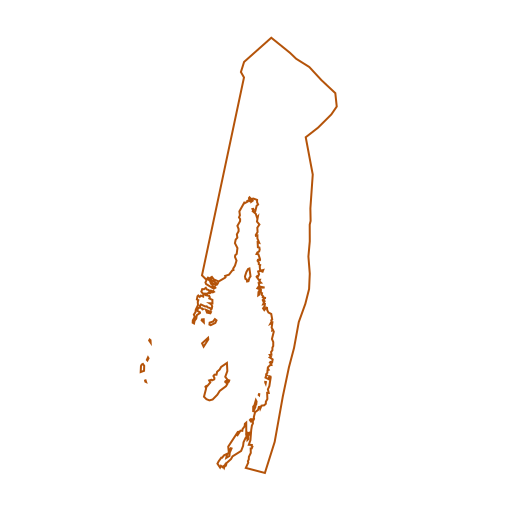 the district of Teluk Wondama, Papua Barat, Indonesia, rotated 198°
{"feature_id": "22746128B47515282892276", "entity_name": "Teluk Wondama", "entity_type": "district", "adm_level": 2, "iso_a3": "IDN", "parent_name": "Indonesia", "parent_adm1": "Papua Barat", "projection": "natural_earth1", "projection_center": [134.34, -2.638], "detail": "fine", "context": "isolated", "style": "outline", "palette": "amber", "viewbox_px": 512, "rotation_deg": 198, "n_neighbors": 0, "source": "geoboundaries", "source_scale": "gbopen_adm2", "svg_char_len": 6099}
<svg xmlns="http://www.w3.org/2000/svg" viewBox="0 0 512 512"><g transform="rotate(198 256 256)"><path d="M308.9,468.3L327.3,436.9L327.2,426.3L322.6,422.1L301.4,220.9L295.6,218.0L295.9,215.2L294.8,213.9L287.5,212.2L288.2,214.8L290.3,215.8L291.7,217.6L285.6,215.8L284.2,216.8L283.9,218.2L285.9,217.9L288.5,219.1L292.8,218.4L295.4,219.4L295.0,220.6L291.7,220.0L290.9,221.1L292.1,221.8L291.5,222.5L288.9,220.7L283.7,220.2L278.7,225.8L278.4,226.5L279.2,227.5L275.9,229.9L274.1,235.0L273.1,235.7L273.8,237.0L273.0,240.3L273.1,245.6L275.7,248.6L276.0,250.3L275.0,252.0L276.1,257.8L280.0,261.7L280.4,265.3L279.4,267.7L280.9,270.7L280.2,274.1L280.9,276.3L283.0,278.9L281.9,284.2L282.5,286.2L284.1,287.5L283.9,289.8L285.6,293.3L283.5,304.0L283.1,302.7L280.9,305.0L281.3,305.6L280.6,306.3L278.9,306.2L280.6,308.9L280.3,309.8L278.2,308.7L276.3,309.8L272.3,309.7L271.6,307.5L269.9,305.6L270.9,304.0L270.5,298.1L270.8,297.3L272.0,297.9L272.5,297.4L269.3,296.1L266.9,292.8L266.4,294.0L265.7,289.0L262.5,287.0L263.5,283.3L261.9,279.3L262.7,275.9L262.3,275.2L261.0,276.0L260.1,273.1L257.1,269.6L258.7,269.6L256.9,264.9L255.4,265.1L254.5,263.3L254.4,261.3L255.8,259.8L256.1,258.1L254.3,258.4L251.6,254.8L251.9,254.2L251.1,253.9L251.0,253.3L253.0,252.9L253.0,251.9L251.3,250.7L250.8,249.0L249.2,248.7L249.2,247.1L247.9,244.2L246.3,243.9L244.8,244.9L244.9,243.1L247.5,243.2L249.2,242.0L247.4,239.5L247.7,237.3L248.6,237.4L249.0,236.4L246.0,234.2L244.9,234.6L245.0,233.1L243.0,232.1L245.1,231.1L243.2,228.0L238.1,228.7L243.8,226.5L244.3,227.0L244.7,225.7L240.9,225.4L240.1,222.7L238.8,222.5L238.8,221.0L236.8,219.9L236.8,218.9L233.6,219.0L235.1,218.4L236.0,216.2L235.0,215.1L234.2,216.0L233.8,215.6L234.3,212.2L232.7,213.0L232.3,210.8L233.1,208.4L231.4,207.1L230.3,210.1L229.5,210.1L228.6,208.0L226.7,206.1L223.6,205.6L221.0,200.7L221.6,199.6L220.9,198.7L221.4,195.9L219.8,197.4L219.0,192.7L217.9,191.7L217.6,190.2L216.9,190.8L215.7,189.5L215.2,182.0L213.0,179.5L211.8,175.7L212.1,174.0L211.3,171.4L212.0,169.4L210.8,166.9L212.3,166.2L210.7,164.9L211.6,163.8L208.2,162.8L207.8,159.9L209.6,159.7L209.8,158.9L208.4,158.5L207.6,157.1L208.7,156.8L210.2,153.9L210.2,152.9L208.8,151.7L209.8,151.0L209.1,148.5L209.8,146.7L208.7,145.9L209.4,145.3L209.4,143.3L206.1,142.8L206.2,145.8L204.9,145.8L204.5,145.0L203.1,136.3L203.5,132.9L201.6,129.7L203.1,129.3L201.0,123.5L201.6,120.5L201.0,118.5L202.1,116.5L204.5,115.4L204.8,112.1L205.8,113.7L206.6,113.3L206.5,110.2L208.6,107.2L208.3,102.1L207.5,100.5L207.9,98.2L209.3,98.4L209.5,99.5L210.7,99.1L211.1,98.1L209.5,96.9L207.9,97.6L207.2,95.9L207.5,93.5L206.8,89.1L204.4,79.1L204.5,74.2L201.6,75.0L201.4,74.0L200.5,73.7L200.6,71.7L201.6,71.3L200.1,67.1L200.7,62.8L200.0,60.2L200.3,58.4L199.5,57.1L200.2,51.3L180.5,52.4L180.8,85.0L187.1,130.7L190.3,160.4L191.4,180.2L194.9,206.4L194.3,225.7L195.3,241.0L199.4,255.8L206.0,271.7L209.4,286.6L214.6,302.4L214.9,306.2L219.0,318.1L227.2,351.0L245.4,384.3L236.6,397.3L228.1,413.9L225.4,423.1L230.9,435.4L248.0,443.4L263.7,452.2L278.8,456.0L286.4,459.7L308.9,468.3ZM263.7,116.1L262.5,114.5L262.0,106.1L258.9,104.5L255.7,104.3L252.9,106.1L249.9,112.1L248.8,116.5L244.3,122.9L243.7,125.6L246.4,126.8L246.3,127.5L245.3,128.4L243.8,127.0L243.0,128.0L243.0,129.4L244.7,129.4L247.9,131.6L247.7,137.7L250.6,145.3L254.9,139.7L255.5,136.7L257.2,133.9L256.9,130.9L258.8,130.3L259.4,128.7L257.8,127.1L257.6,125.8L259.4,124.1L260.2,124.5L262.1,123.2L260.4,121.6L262.5,116.4L263.2,116.9L263.7,116.1ZM228.5,46.6L224.8,43.7L224.5,45.6L222.6,44.8L222.2,45.8L220.9,44.6L220.9,48.4L217.0,55.2L216.4,58.2L209.9,66.0L209.6,71.4L210.3,75.0L209.6,80.4L208.8,81.7L209.8,82.9L207.6,83.3L207.3,84.6L207.9,85.8L209.2,84.8L209.9,85.3L210.4,84.2L213.8,94.5L214.7,93.0L214.2,90.5L215.3,87.2L215.0,85.5L216.8,85.1L218.5,78.8L217.9,82.7L218.0,83.5L218.9,83.1L223.5,66.1L221.4,61.4L220.6,65.4L219.8,65.4L220.2,60.8L219.5,57.6L221.9,54.8L222.3,59.0L224.8,56.6L225.9,53.7L226.7,53.5L228.1,49.1L228.5,46.6ZM296.0,191.4L296.7,186.4L296.2,183.9L297.0,181.1L295.4,179.2L296.2,175.3L295.6,173.0L294.1,172.7L294.4,175.5L293.5,178.0L294.0,181.5L291.7,184.4L291.9,185.1L294.5,185.6L295.2,186.7L294.6,189.0L293.0,189.5L294.0,191.5L293.4,192.9L288.8,192.3L287.3,192.9L286.1,192.2L283.6,192.3L282.2,191.1L281.8,192.1L282.1,194.6L283.5,196.2L285.5,196.7L282.8,197.5L283.9,200.8L287.3,201.2L287.2,202.5L288.2,203.6L291.8,203.2L293.8,204.2L290.6,205.1L289.9,206.3L288.4,206.3L287.7,207.2L290.7,209.0L292.5,209.0L293.9,210.2L295.2,208.3L296.9,207.9L297.0,205.2L294.2,203.4L293.7,201.1L296.2,201.3L296.9,199.7L298.7,200.6L299.2,199.6L298.8,196.4L297.2,196.2L297.2,194.3L296.0,191.4ZM257.6,230.8L256.6,229.0L255.4,229.7L255.5,233.3L254.9,234.9L258.4,242.1L259.5,241.2L260.2,237.9L260.2,233.2L259.0,231.0L257.6,230.8ZM330.2,118.4L331.1,117.5L331.4,115.8L329.8,110.0L327.0,112.2L328.4,117.0L330.2,118.4ZM275.6,183.3L276.6,180.4L279.5,178.3L279.1,176.4L277.7,176.2L274.0,179.8L273.7,182.6L275.6,183.3ZM276.3,163.4L280.3,156.3L277.8,153.6L275.6,161.9L276.3,163.4ZM212.1,111.9L210.5,106.8L209.9,112.3L210.6,114.1L209.9,114.7L210.5,117.8L211.6,118.9L211.4,113.6L212.1,111.9ZM285.1,187.0L281.7,187.4L281.5,188.8L286.9,189.3L285.1,187.0ZM286.2,179.7L287.8,179.0L287.8,178.0L285.1,176.7L286.2,179.7ZM242.1,224.1L242.5,222.5L241.7,219.3L241.1,220.1L241.4,223.0L242.1,224.1ZM327.4,126.2L327.7,123.5L327.0,123.1L326.6,125.5L327.4,126.2ZM331.3,143.7L331.5,142.6L329.4,141.0L330.3,143.3L331.3,143.7ZM207.6,81.7L208.1,80.5L207.3,78.4L206.8,79.4L207.6,81.7ZM277.8,308.0L277.2,306.2L276.2,307.6L277.2,308.6L277.8,308.0ZM285.8,208.1L284.9,209.0L285.8,209.5L286.9,208.8L285.8,208.1ZM286.1,213.7L285.6,212.4L284.8,213.3L285.2,213.7L286.1,213.7ZM323.0,103.3L322.4,102.3L321.6,102.2L322.6,103.6L323.0,103.3ZM220.3,48.8L220.4,47.3L220.0,47.2L219.8,48.3L220.3,48.8ZM273.9,299.6L273.1,298.6L272.7,299.5L273.2,300.0L273.9,299.6ZM208.3,139.1L208.1,138.5L207.4,137.7L207.6,139.2L208.3,139.1ZM210.4,126.5L210.5,124.7L210.0,124.5L210.4,126.5ZM291.4,189.4L290.4,188.7L289.9,189.1L291.0,189.5L291.4,189.4ZM288.9,208.9L287.8,208.7L287.5,209.1L288.1,209.2L288.9,208.9Z" fill="none" stroke="#b45309" stroke-width="2"/></g></svg>